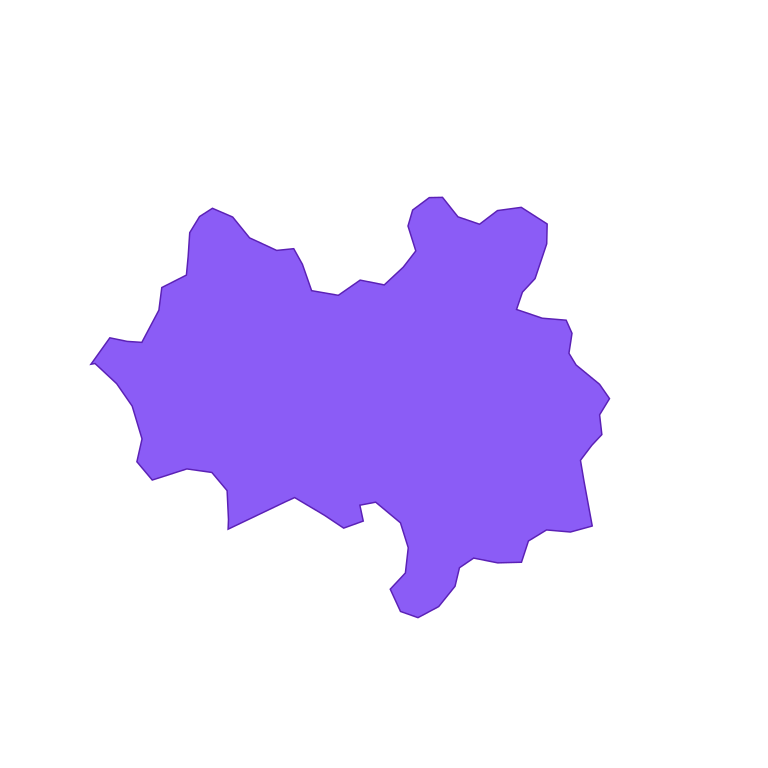 Haman-gun, South Gyeongsang, South Korea, rotated 223°
{"feature_id": "91817680B30389585516178", "entity_name": "Haman-gun", "entity_type": "district", "adm_level": 2, "iso_a3": "KOR", "parent_name": "South Korea", "parent_adm1": "South Gyeongsang", "projection": "robinson", "projection_center": [128.43, 35.28], "detail": "fine", "context": "isolated", "style": "filled", "palette": "violet", "viewbox_px": 768, "rotation_deg": 223, "n_neighbors": 0, "source": "geoboundaries", "source_scale": "gbopen_adm2", "svg_char_len": 1179}
<svg xmlns="http://www.w3.org/2000/svg" viewBox="0 0 768 768"><g transform="rotate(223 384 384)"><path d="M399.0,171.5L375.7,230.8L371.9,240.0L337.9,247.4L315.2,251.1L305.7,269.6L319.0,278.9L309.5,291.9L277.3,293.7L254.6,280.8L239.5,260.4L239.5,238.2L216.8,228.9L199.8,236.3L192.2,258.5L194.1,284.5L203.5,301.1L199.7,317.8L178.9,330.7L161.9,347.4L171.3,367.7L165.6,388.1L146.7,402.9L135.3,421.4L134.9,422.2L171.3,449.2L188.3,462.2L190.2,480.7L190.2,495.6L205.3,508.5L209.1,527.1L226.2,530.8L256.5,528.9L269.7,532.6L276.7,542.9L281.1,549.3L294.3,554.9L313.2,540.0L337.9,528.9L345.4,545.6L345.4,564.1L360.6,597.5L373.8,612.3L404.1,606.8L419.3,588.2L423.1,566.0L443.9,556.7L468.5,560.4L478.0,551.2L481.7,530.8L474.2,515.9L451.5,503.0L449.6,482.6L451.4,456.6L472.3,443.7L477.9,417.7L500.6,402.9L525.3,415.9L542.3,421.4L553.6,408.5L582.0,399.2L608.5,402.9L629.3,395.5L633.1,380.7L629.3,362.2L614.2,343.7L602.8,328.9L612.3,303.0L599.0,284.5L589.5,249.3L600.9,240.0L616.0,230.8L611.8,198.6L609.3,201.9L579.7,201.9L553.1,196.1L523.5,178.8L511.7,158.6L488.0,155.7L470.3,187.4L449.6,201.9L426.0,199.0L405.3,178.8L399.0,171.5Z" fill="#8b5cf6" stroke="#5b21b6" stroke-width="1.5"/></g></svg>